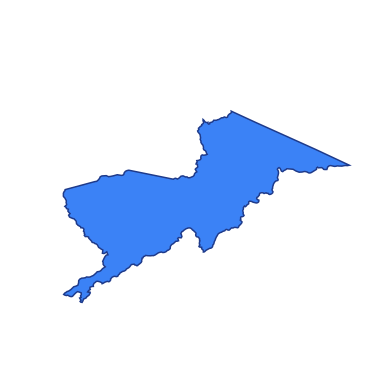 Curionópolis, Pará, Brazil (Natural Earth projection), rotated 249°
{"feature_id": "56859067B21950547487547", "entity_name": "Curionópolis", "entity_type": "district", "adm_level": 2, "iso_a3": "BRA", "parent_name": "Brazil", "parent_adm1": "Pará", "projection": "natural_earth1", "projection_center": [-49.678, -6.25], "detail": "fine", "context": "isolated", "style": "filled", "palette": "blue", "viewbox_px": 384, "rotation_deg": 249, "n_neighbors": 0, "source": "geoboundaries", "source_scale": "gbopen_adm2", "svg_char_len": 6011}
<svg xmlns="http://www.w3.org/2000/svg" viewBox="0 0 384 384"><g transform="rotate(249 192 192)"><path d="M160.6,348.5L187.6,322.5L234.2,276.3L253.4,257.6L252.3,257.4L251.6,256.3L251.4,254.9L250.9,253.7L250.2,252.7L249.2,252.0L249.2,250.7L250.5,249.0L250.2,247.6L250.7,246.1L250.1,243.1L250.3,241.8L250.2,240.4L251.2,238.0L250.3,236.7L250.1,235.3L250.4,233.6L249.3,232.9L249.5,231.7L250.5,231.4L251.3,231.9L251.5,230.9L252.0,229.9L253.1,229.2L254.5,228.9L255.7,228.3L254.5,227.8L253.1,227.9L252.1,227.2L251.7,226.3L251.5,225.2L250.5,224.9L250.2,223.1L249.6,222.1L249.2,220.9L247.9,220.8L247.0,219.1L245.9,219.1L242.8,220.1L239.4,219.4L238.2,218.5L236.4,218.6L235.0,218.1L233.0,218.5L231.8,219.0L230.7,218.9L229.5,218.7L228.3,218.1L227.2,218.2L225.7,219.3L224.5,219.6L223.4,219.4L221.7,219.7L221.7,218.2L222.1,216.2L223.0,214.8L222.5,213.4L221.2,212.6L220.0,212.4L219.2,211.2L219.2,209.3L219.6,207.7L218.1,207.6L217.6,206.6L216.7,205.8L215.9,207.0L214.7,206.5L213.8,206.5L213.0,206.0L212.7,204.4L212.1,203.2L209.1,203.7L208.8,202.1L207.9,200.7L206.7,199.9L206.2,198.6L206.1,195.2L206.7,193.5L207.9,192.8L208.3,191.4L210.3,189.4L210.7,187.3L209.7,185.1L209.3,183.1L210.7,181.7L210.9,180.3L210.6,179.2L235.0,140.8L235.3,139.1L235.2,137.3L234.3,135.7L232.8,134.5L232.5,133.3L232.8,132.0L234.9,128.4L235.3,124.3L235.7,121.8L236.2,119.6L238.0,117.8L239.3,113.6L239.1,111.8L238.0,110.7L237.0,109.2L236.1,106.8L236.5,105.3L239.7,74.4L238.7,73.8L238.3,72.9L237.4,71.9L236.6,71.3L235.3,70.9L234.3,70.4L233.2,70.6L232.1,71.1L231.2,71.3L230.3,71.3L229.2,71.6L228.1,71.2L227.3,70.7L225.9,70.6L225.0,70.4L224.1,68.1L222.7,69.0L221.5,68.9L220.2,70.4L219.5,69.8L218.6,69.3L217.2,69.7L215.5,70.4L214.6,68.5L212.5,68.7L211.5,69.6L209.8,71.4L209.4,72.2L207.2,73.1L206.1,73.4L203.6,72.8L202.9,73.3L201.8,73.6L199.6,75.5L198.4,75.4L197.9,76.7L197.1,77.5L195.9,77.8L194.2,76.6L193.1,77.1L192.1,76.6L190.9,76.8L190.2,75.9L188.6,76.4L188.3,77.5L187.7,78.5L186.9,79.3L185.8,79.1L182.7,80.4L181.6,80.7L180.8,80.7L179.5,82.5L178.6,82.9L177.7,84.1L176.5,84.7L173.7,85.0L172.6,85.9L171.4,86.6L169.8,88.0L166.9,86.4L166.1,87.7L166.2,89.0L166.7,91.0L163.5,91.0L163.8,89.4L162.9,87.7L161.7,86.3L159.2,83.7L158.0,83.8L156.3,83.1L154.6,83.5L153.2,84.2L152.5,81.0L151.3,78.8L151.0,77.2L151.5,74.9L150.6,73.1L149.4,69.9L149.4,68.8L149.2,66.4L149.6,64.9L150.5,63.0L150.2,61.7L150.5,60.1L151.1,58.1L150.9,56.1L150.4,55.2L149.8,54.4L147.9,53.6L145.9,52.1L145.7,50.1L145.9,47.6L144.3,43.9L143.9,42.1L143.7,40.9L143.9,39.7L143.5,38.8L143.4,37.5L142.4,35.5L141.6,36.0L140.4,37.5L140.2,39.0L138.4,40.5L137.6,41.7L137.4,43.0L138.9,46.0L139.7,48.0L140.0,49.5L138.7,51.2L137.5,52.4L135.8,51.8L135.0,50.7L133.4,50.7L133.3,49.1L130.7,49.6L130.0,48.3L129.1,48.6L128.3,49.8L129.5,51.2L130.9,52.4L130.9,53.6L131.1,55.3L131.9,56.3L132.6,58.9L134.3,60.9L135.3,60.8L135.3,59.7L136.1,58.7L137.1,60.3L137.4,62.1L138.8,62.1L139.7,62.8L139.6,64.9L139.2,66.1L140.6,66.5L141.9,67.8L142.2,69.1L142.8,70.6L142.5,71.9L141.1,73.9L139.6,75.3L138.6,75.2L138.6,76.2L139.0,78.3L139.0,80.0L138.9,81.0L138.1,82.0L138.0,83.0L139.1,84.6L140.0,84.8L141.1,87.0L141.2,88.9L140.9,89.8L140.1,91.0L139.9,92.4L141.1,93.8L141.4,94.9L142.1,95.6L142.7,98.6L142.5,100.4L142.7,101.9L143.6,103.2L144.0,105.9L144.6,107.2L146.0,109.4L145.4,112.1L144.5,112.3L143.9,113.3L143.0,114.0L142.8,114.9L143.4,115.9L143.6,117.1L144.5,119.4L145.4,120.3L146.4,120.5L147.2,121.3L148.1,121.6L148.1,122.6L149.1,123.6L149.0,124.8L149.4,126.0L148.3,128.0L147.2,130.7L147.0,131.8L146.4,133.2L146.4,134.9L147.3,139.0L147.0,141.8L145.9,143.1L145.5,144.8L145.6,146.5L146.3,148.1L146.2,149.3L146.9,151.3L148.9,152.3L149.6,153.1L150.3,154.4L150.5,156.1L151.8,159.3L151.4,160.3L151.3,162.0L152.3,162.1L153.8,162.0L154.2,163.3L153.6,164.4L153.1,165.6L154.0,166.6L156.1,166.8L157.1,166.6L158.6,168.4L158.7,169.6L159.2,170.7L159.8,173.1L159.8,175.3L159.5,176.6L158.9,177.6L158.1,178.2L157.1,178.7L156.3,178.9L155.5,179.7L154.5,179.9L152.8,180.9L151.6,180.8L150.8,180.1L149.8,179.9L148.7,180.2L147.5,181.8L145.4,182.3L144.4,181.7L143.6,181.9L142.7,181.1L140.8,180.2L140.0,180.5L139.2,180.0L138.9,179.0L138.0,179.2L136.9,181.2L136.1,180.8L135.1,180.8L134.0,181.5L133.0,181.5L131.9,181.1L131.7,182.2L132.6,184.4L133.1,188.3L132.8,189.3L132.9,190.3L133.4,191.4L135.2,192.7L135.7,193.7L137.6,195.0L139.2,196.8L140.0,197.2L140.6,198.0L141.3,198.6L141.9,199.5L143.2,201.0L143.7,201.9L144.0,203.9L143.9,205.2L144.2,206.6L144.1,207.8L144.1,208.8L144.6,209.5L144.8,210.5L144.4,211.3L143.7,211.8L143.1,212.9L143.4,213.9L144.0,215.1L144.3,216.1L143.7,217.3L143.8,218.7L143.4,219.9L142.2,221.9L142.6,222.9L143.4,223.6L143.9,224.6L144.3,225.7L144.9,226.6L145.4,227.5L146.2,228.0L148.5,227.0L149.1,227.9L150.0,227.9L151.0,228.4L151.2,229.3L150.9,230.3L151.0,231.4L151.5,232.2L152.5,232.0L153.4,231.9L154.2,232.4L156.4,232.7L157.8,234.0L158.8,234.2L159.5,235.0L160.1,235.9L159.2,236.4L159.5,237.6L160.1,238.4L160.7,240.7L162.5,241.4L162.8,242.5L162.3,243.5L161.5,244.6L160.7,245.2L158.7,248.1L158.5,249.3L158.8,250.5L159.6,251.2L160.5,251.5L161.2,250.6L162.1,250.1L163.0,250.1L163.7,250.7L163.8,251.7L165.0,253.8L165.8,254.1L166.5,254.8L166.5,256.0L166.3,257.0L165.6,258.2L164.8,258.7L164.7,259.9L164.7,260.9L163.9,261.5L163.6,262.5L162.6,262.8L161.8,263.7L161.7,265.0L161.9,266.0L162.3,267.0L163.2,267.7L164.5,267.4L165.8,267.7L166.7,268.7L167.7,269.0L170.5,271.2L171.7,272.9L172.2,274.2L172.0,276.3L172.8,276.9L174.0,276.8L174.9,276.9L177.0,278.5L178.7,279.6L180.7,280.1L182.6,279.8L183.2,280.4L183.6,282.0L182.5,282.7L179.4,283.0L178.5,284.0L179.1,285.6L179.2,287.3L179.7,288.9L178.9,290.6L177.0,294.5L174.3,296.6L172.1,299.1L171.2,301.9L170.9,304.2L170.3,305.4L169.5,306.5L168.0,307.8L167.5,308.9L167.4,310.1L167.6,311.5L168.5,316.3L169.8,316.9L170.2,318.1L169.3,318.6L168.3,321.8L167.1,322.7L166.0,323.0L165.3,324.2L164.7,326.0L166.7,327.6L167.3,329.5L167.0,330.9L164.9,334.1L164.5,335.3L164.3,337.1L163.5,338.6L162.4,341.4L162.0,343.9L161.5,345.4L161.0,346.3L160.6,348.5Z" fill="#3b82f6" stroke="#1e3a8a" stroke-width="1.5"/></g></svg>